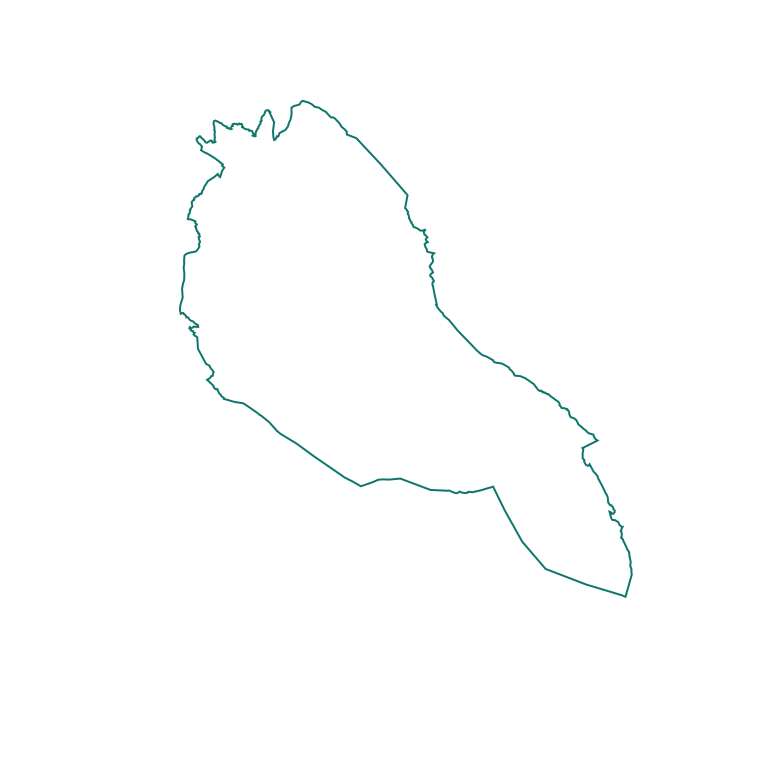 the district of Eidsvoll nor, Akershus, Norway, rotated 145°
{"feature_id": "86288312B15837471533028", "entity_name": "Eidsvoll nor", "entity_type": "district", "adm_level": 2, "iso_a3": "NOR", "parent_name": "Norway", "parent_adm1": "Akershus", "projection": "mercator", "projection_center": [11.199, 60.416], "detail": "fine", "context": "isolated", "style": "outline", "palette": "teal", "viewbox_px": 768, "rotation_deg": 145, "n_neighbors": 0, "source": "geoboundaries", "source_scale": "gbopen_adm2", "svg_char_len": 6159}
<svg xmlns="http://www.w3.org/2000/svg" viewBox="0 0 768 768"><g transform="rotate(145 384 384)"><path d="M256.4,525.2L260.6,565.6L265.7,601.3L271.3,609.6L270.9,610.7L269.7,612.1L270.4,616.2L271.2,618.8L271.0,623.4L271.9,629.8L273.0,631.8L274.5,632.8L275.4,638.4L275.4,640.0L277.4,643.8L278.7,647.5L281.9,651.1L282.2,653.1L283.0,655.3L284.5,658.0L288.3,662.7L290.6,662.5L292.9,661.4L298.3,663.3L301.2,663.5L304.7,658.4L306.6,656.3L309.5,653.8L311.2,653.0L315.2,650.0L318.9,648.7L325.6,649.5L328.5,647.5L329.2,647.6L329.6,648.3L332.6,646.6L334.1,646.9L333.1,649.4L330.0,654.7L323.9,661.4L322.0,672.0L321.2,672.0L321.5,673.4L321.9,673.3L321.9,674.9L324.2,675.8L327.6,673.4L331.1,672.8L333.3,670.4L333.3,669.8L334.8,669.8L335.5,668.3L339.2,666.9L340.1,665.7L341.1,665.8L342.5,664.7L343.6,664.6L345.0,663.2L345.7,663.1L346.9,660.7L347.6,660.8L348.9,662.5L347.8,662.4L347.5,664.8L346.9,666.5L347.5,667.7L349.3,668.9L348.9,670.0L351.4,672.3L352.2,674.4L352.1,675.3L352.9,675.8L351.6,677.5L351.6,678.9L353.2,679.6L353.4,680.5L355.4,680.5L355.7,681.7L358.0,683.4L358.8,683.0L359.0,683.5L359.4,683.4L360.4,682.5L360.3,682.2L361.1,682.4L363.0,680.8L362.9,680.6L363.8,680.9L363.8,681.8L364.8,682.5L364.7,683.0L365.6,683.8L365.2,684.2L365.3,685.3L366.1,685.8L367.4,688.8L367.7,691.3L368.8,692.1L369.3,693.9L370.2,694.9L370.8,696.4L372.5,696.8L373.6,695.9L375.0,693.8L375.2,692.5L376.3,690.5L377.5,689.3L377.4,688.4L377.6,688.0L380.2,684.9L381.2,682.8L383.4,680.7L383.1,679.6L383.1,679.0L383.4,678.9L385.8,679.8L386.0,680.6L385.7,682.1L386.1,682.9L390.7,683.2L391.3,683.9L391.7,685.4L391.4,685.9L392.4,690.9L392.4,692.1L392.8,692.7L394.2,692.7L395.0,692.2L396.6,692.6L397.7,690.8L397.8,687.8L397.6,686.9L397.2,686.4L396.9,682.8L399.8,680.4L397.9,676.1L396.8,674.5L392.9,665.6L390.5,657.7L390.7,657.4L390.1,656.2L391.5,655.6L390.7,652.9L394.4,651.4L399.5,647.5L399.9,648.6L399.7,651.4L403.9,650.9L411.8,651.2L418.4,648.5L419.9,647.2L422.0,646.5L423.8,644.8L424.7,644.6L424.7,645.1L426.6,645.5L427.1,644.8L428.8,644.7L430.6,645.5L431.2,645.1L433.1,645.1L433.5,644.0L433.8,643.7L435.1,644.0L437.3,643.2L439.2,639.4L443.0,638.1L443.0,637.3L443.7,637.1L445.2,635.3L447.0,635.0L447.6,633.9L450.1,631.7L449.4,630.7L447.9,629.8L445.4,625.8L445.7,625.8L446.1,623.8L445.8,622.0L448.3,621.4L448.2,619.7L448.8,619.1L449.5,616.4L449.1,615.8L449.8,614.2L449.1,613.2L449.2,612.8L449.9,612.2L450.2,610.5L451.6,610.7L452.6,608.6L453.0,606.2L455.7,604.4L456.3,602.4L460.2,600.8L462.4,600.5L468.5,603.3L471.9,604.0L473.8,603.6L477.2,599.5L478.8,596.8L481.3,594.4L484.2,588.9L488.1,583.8L491.4,581.2L494.8,577.8L499.3,570.3L505.6,565.4L508.0,562.5L508.8,561.5L510.2,558.1L508.6,557.9L507.7,557.2L507.6,556.2L507.8,556.0L507.4,555.1L507.2,553.0L507.7,552.0L506.7,551.7L506.3,550.6L506.4,548.6L505.9,546.7L504.4,544.5L504.3,542.4L502.6,539.0L503.4,537.3L503.7,537.4L506.7,540.0L509.6,540.1L510.5,541.2L510.2,541.7L510.3,542.0L511.5,541.3L511.2,538.9L511.4,538.4L510.6,537.1L510.1,536.9L510.4,535.8L509.7,534.4L511.6,533.8L511.4,532.4L510.1,529.5L516.2,519.5L518.2,502.6L516.5,499.1L516.9,497.0L516.6,491.5L518.6,490.2L519.5,489.0L520.9,489.5L523.0,488.7L526.5,488.9L524.7,480.2L525.2,479.5L525.4,478.3L524.7,476.0L523.5,475.6L524.4,471.1L524.0,469.0L524.1,467.2L523.1,464.2L523.7,463.7L516.7,455.0L510.5,449.1L509.1,445.9L504.2,432.6L503.5,429.8L502.7,428.3L499.9,418.3L498.5,406.5L497.3,402.3L489.9,385.6L483.2,365.9L469.8,329.9L465.6,322.0L461.6,313.5L449.3,310.0L443.7,308.9L439.9,306.7L434.4,302.6L424.9,297.2L406.7,270.6L393.3,260.2L392.0,259.6L388.1,253.7L386.6,252.6L383.6,252.4L383.0,250.9L380.0,248.0L378.4,247.2L377.4,247.4L376.8,246.8L376.1,246.9L373.8,244.7L365.7,241.4L353.5,237.3L357.6,211.1L361.2,175.5L357.7,139.8L333.5,103.9L310.5,74.7L308.2,71.2L290.3,85.8L289.4,87.7L287.5,90.4L286.6,93.8L284.0,96.7L281.9,101.5L282.0,101.8L280.1,104.7L279.5,106.5L279.6,108.9L278.8,112.4L278.6,114.6L278.1,115.9L278.2,117.1L277.4,119.6L277.7,120.1L277.6,121.3L277.8,121.6L277.6,121.9L277.8,122.2L277.0,122.6L275.3,124.5L274.9,125.8L274.4,126.4L274.4,127.9L273.5,128.1L272.8,128.9L270.6,130.1L271.1,130.4L271.9,133.6L271.3,136.6L272.3,138.4L272.5,139.6L274.9,141.7L274.8,143.9L272.5,150.0L271.5,148.2L271.9,147.0L270.5,146.2L268.7,146.6L267.6,147.9L267.9,149.5L267.4,150.5L267.1,152.4L267.3,152.9L267.3,154.3L268.3,154.9L268.3,158.4L265.8,162.8L265.2,164.6L265.0,168.2L263.8,174.6L262.8,183.1L262.0,186.0L262.1,189.7L262.6,192.0L261.6,200.3L263.2,199.7L263.8,200.0L265.0,202.0L264.5,205.9L263.5,206.7L263.9,209.1L261.1,213.2L258.0,216.4L258.2,217.7L241.5,215.2L242.3,217.3L242.2,220.5L241.5,222.4L244.3,225.9L245.1,228.0L245.2,229.6L245.6,230.5L245.5,231.0L246.4,233.0L246.6,235.0L247.9,239.1L247.2,244.0L248.0,247.0L250.1,249.8L249.5,253.2L248.7,254.2L248.3,255.7L248.3,258.2L248.9,258.1L249.2,259.3L250.5,261.1L252.1,262.2L252.3,262.8L252.0,263.8L252.4,265.9L252.1,266.0L251.4,267.5L251.4,269.3L254.7,278.9L255.2,281.7L256.1,281.9L256.5,283.4L257.3,284.4L257.2,284.7L257.7,284.9L258.2,286.4L258.8,286.3L259.0,288.4L260.1,288.6L260.8,289.9L261.1,291.0L261.4,298.1L264.9,307.6L267.8,312.2L271.9,315.7L272.1,317.4L271.7,317.8L271.7,320.0L271.9,322.1L272.5,323.9L272.2,326.0L275.4,332.7L278.3,335.8L279.3,336.4L281.2,338.8L281.4,339.6L280.9,340.6L284.5,348.1L286.6,350.8L287.5,353.1L288.6,357.8L293.0,385.5L294.0,398.9L295.9,406.0L295.2,408.2L295.9,410.9L296.2,414.2L296.0,418.9L295.2,418.7L292.0,426.5L288.1,435.2L287.3,437.7L286.0,439.3L284.4,439.4L283.8,440.3L284.1,441.5L283.5,442.9L284.0,444.8L284.0,446.4L282.6,447.3L279.9,447.2L279.3,450.4L279.7,451.7L279.2,452.7L279.4,453.2L279.0,454.3L273.4,456.3L272.3,458.8L272.1,460.3L271.6,460.5L271.5,461.1L269.2,462.4L268.1,462.4L272.5,467.3L272.6,468.2L271.6,469.8L271.5,472.6L270.6,475.1L269.3,475.5L266.8,475.1L267.2,476.9L266.8,478.6L265.9,479.1L264.4,479.2L264.4,481.4L265.2,483.2L264.6,484.3L264.6,485.1L263.7,486.1L261.2,486.6L264.6,487.6L266.3,489.0L267.2,491.7L268.8,494.7L269.6,495.3L269.6,496.5L269.1,497.8L269.2,500.3L268.6,500.8L268.9,502.3L268.4,504.2L268.5,505.0L268.2,505.2L268.3,505.5L266.8,508.5L267.1,509.7L265.5,511.1L265.8,512.7L265.4,513.6L265.8,516.0L256.4,525.2Z" fill="none" stroke="#0f766e" stroke-width="2"/></g></svg>